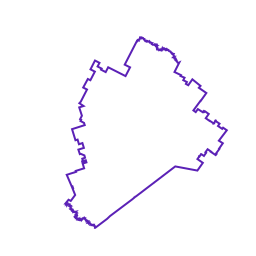 outline of Cobar, New South Wales, Australia, rotated 65°
{"feature_id": "25037944B19938962930750", "entity_name": "Cobar", "entity_type": "district", "adm_level": 2, "iso_a3": "AUS", "parent_name": "Australia", "parent_adm1": "New South Wales", "projection": "robinson", "projection_center": [145.926, -31.966], "detail": "fine", "context": "isolated", "style": "outline", "palette": "violet", "viewbox_px": 256, "rotation_deg": 65, "n_neighbors": 0, "source": "geoboundaries", "source_scale": "gbopen_adm2", "svg_char_len": 5584}
<svg xmlns="http://www.w3.org/2000/svg" viewBox="0 0 256 256"><g transform="rotate(65 128 128)"><path d="M185.2,54.2L181.9,48.5L177.9,51.0L171.8,39.4L167.9,41.7L168.6,43.0L164.2,45.6L162.8,43.2L159.5,45.2L158.2,45.3L158.1,45.5L158.6,46.3L159.0,46.5L159.9,48.1L160.2,48.1L160.1,48.8L159.6,48.7L155.9,50.9L156.0,51.1L152.0,53.4L149.4,48.9L145.2,51.3L145.7,52.2L145.4,52.5L144.8,52.6L145.4,53.5L140.4,56.7L142.2,59.9L139.7,61.3L134.0,50.8L134.2,50.7L129.4,42.2L121.5,46.8L120.5,44.5L111.1,49.1L114.7,55.3L112.5,56.9L111.2,55.2L108.0,57.7L106.3,55.5L103.1,58.4L102.5,57.6L96.9,62.2L90.3,53.8L90.3,54.5L89.7,55.4L88.3,55.6L87.8,55.4L86.8,55.4L86.7,55.9L86.9,56.2L86.5,56.4L86.2,56.4L85.6,55.5L85.1,55.4L84.6,55.6L84.4,55.8L84.8,56.0L84.5,56.5L83.9,56.1L83.6,56.3L83.7,55.9L83.2,56.8L82.9,55.7L82.6,56.2L82.2,55.9L81.8,56.1L81.3,55.8L80.5,55.9L80.1,55.3L79.8,55.7L80.2,56.3L79.7,56.7L79.4,56.7L79.5,56.3L79.3,56.2L78.6,56.7L78.5,56.4L78.7,56.2L78.0,56.7L77.8,56.8L77.4,57.2L76.5,57.2L75.9,58.1L75.2,58.5L74.4,58.3L74.1,58.6L73.8,59.8L73.0,59.6L73.0,59.9L73.5,60.2L73.5,60.4L73.1,60.4L72.8,59.9L72.3,60.0L72.3,60.5L72.7,60.9L72.2,61.0L72.0,61.5L71.5,61.5L71.6,61.8L72.2,61.9L72.0,62.2L71.4,62.3L71.6,62.5L71.3,62.8L71.4,63.1L70.6,62.8L70.6,63.2L70.3,63.2L70.6,63.5L71.0,63.5L71.0,63.8L71.5,63.9L72.0,64.7L71.1,65.3L70.8,65.3L71.1,65.9L70.7,66.3L70.3,66.3L69.9,66.6L69.8,66.9L70.3,66.9L70.4,67.1L69.5,67.3L69.4,68.0L69.1,68.5L68.6,68.4L68.5,67.9L67.6,67.8L67.4,67.4L66.6,67.6L66.7,67.9L66.3,67.9L66.1,67.4L65.7,67.2L65.7,66.9L65.4,67.2L65.0,66.7L64.7,66.9L64.4,66.7L64.1,67.2L64.5,68.0L64.0,67.9L63.7,68.1L64.4,68.6L63.4,69.4L63.1,70.3L62.4,70.5L62.1,71.0L61.5,71.2L61.1,71.1L61.0,70.5L60.5,71.1L60.0,71.2L59.7,71.8L58.8,71.9L59.1,72.3L58.3,72.4L58.0,73.6L57.6,73.6L57.6,74.0L57.2,73.8L56.7,74.2L56.6,74.8L56.9,75.3L56.8,75.5L56.3,75.6L56.0,75.8L55.2,75.6L54.9,75.9L54.3,75.5L54.1,75.7L53.9,76.3L52.9,76.3L52.6,76.9L52.1,77.1L52.4,77.4L52.3,77.6L51.4,78.3L52.0,78.6L51.4,79.1L52.2,79.6L52.2,80.1L52.7,80.4L52.5,81.0L52.5,81.4L53.2,81.5L52.7,82.2L52.9,82.5L52.5,82.5L52.7,83.0L53.2,83.3L53.4,83.8L69.2,104.2L73.9,100.5L79.9,108.3L64.6,120.3L67.9,124.6L63.7,127.8L63.0,126.8L59.4,129.6L56.9,126.3L52.9,129.4L59.0,137.2L62.9,134.2L68.8,141.9L66.6,143.7L72.4,151.5L75.8,148.9L84.2,159.7L85.0,161.6L89.3,159.0L88.7,163.5L97.4,164.6L99.8,167.7L100.8,167.0L101.6,168.1L104.8,165.7L107.1,166.0L105.4,179.2L116.9,180.8L117.2,178.6L122.0,179.3L122.4,175.7L127.4,176.4L126.6,182.1L131.3,182.7L131.4,181.8L134.4,179.1L136.8,179.5L136.5,182.4L138.8,182.7L138.4,183.2L139.1,183.8L139.7,183.1L140.1,181.5L139.7,181.5L139.5,182.1L139.0,182.0L139.4,179.9L141.6,180.2L141.1,184.1L146.0,184.8L144.8,193.5L145.8,193.6L144.5,203.3L157.3,203.7L157.4,203.0L159.3,203.2L159.2,203.8L166.4,204.2L169.9,210.7L167.9,212.2L170.0,216.6L170.2,216.2L170.4,216.3L170.3,216.1L170.7,215.9L170.5,215.6L170.8,216.0L171.1,215.9L171.2,215.7L171.6,215.8L171.6,215.4L172.0,215.6L171.7,215.0L171.9,214.8L171.6,214.5L172.0,214.5L172.1,214.1L172.4,213.8L172.3,213.6L172.4,213.3L172.6,213.4L172.7,213.2L173.0,213.3L172.8,213.6L173.4,213.8L173.6,213.5L173.8,213.8L174.0,213.5L174.1,213.9L174.6,213.3L174.6,213.6L175.6,213.7L176.0,213.9L176.0,213.5L176.8,213.5L177.0,213.7L177.1,213.3L177.3,213.3L177.3,213.7L177.8,213.6L177.6,213.9L177.8,213.9L177.7,214.2L178.3,213.9L178.3,213.6L179.0,213.8L179.0,213.5L178.4,213.0L178.6,212.7L179.0,213.0L178.9,213.3L179.7,213.3L179.7,213.1L180.1,213.3L180.6,213.2L181.0,213.3L181.0,212.9L181.3,212.6L181.0,212.3L181.4,212.2L181.5,212.0L181.5,211.4L181.9,211.3L182.0,210.6L182.1,210.8L182.3,210.7L182.2,210.9L182.5,210.8L182.4,210.6L182.7,210.6L182.8,210.8L183.4,211.0L183.9,210.7L184.2,211.0L184.8,211.0L184.7,211.7L184.9,211.6L185.2,211.0L185.9,211.1L186.3,212.6L185.5,212.9L185.7,213.6L185.9,213.5L185.9,213.3L186.3,213.3L186.1,213.4L186.4,213.8L186.7,213.6L186.4,213.4L186.8,213.3L186.9,213.0L187.0,213.2L187.3,213.0L187.7,213.3L187.9,212.8L188.2,212.9L188.4,212.6L188.4,212.8L188.8,212.8L189.0,212.5L188.9,212.1L189.4,212.0L189.3,211.8L189.6,211.8L189.6,211.2L189.9,211.3L190.0,211.7L190.2,211.3L190.5,211.5L190.7,211.2L190.3,211.1L190.2,210.9L190.4,211.0L190.7,210.7L190.7,210.4L190.4,210.5L190.3,210.4L190.3,210.0L190.6,209.9L190.3,209.6L190.5,209.5L190.7,209.4L191.1,209.3L190.9,209.2L191.1,208.8L191.0,208.6L191.4,208.9L191.4,208.6L191.7,208.6L191.6,208.3L191.3,208.3L191.0,208.0L191.2,207.8L191.4,208.1L191.4,207.8L190.8,207.2L191.1,206.9L190.9,206.2L191.3,206.3L191.7,205.9L191.6,205.5L191.5,205.4L192.0,205.3L192.0,205.0L192.4,205.2L192.4,205.4L192.8,205.4L193.4,205.0L193.7,205.2L194.1,205.0L194.3,205.1L194.5,204.8L194.3,204.9L194.2,204.7L194.3,204.5L194.6,204.6L194.8,204.3L195.0,204.5L195.1,204.0L195.4,203.9L195.6,204.2L195.8,203.6L196.0,203.9L196.2,204.3L196.3,204.4L196.6,204.3L196.4,204.1L196.8,203.4L197.0,203.9L197.1,203.5L197.4,203.6L197.3,203.3L197.5,203.1L197.6,203.3L197.5,203.5L198.2,203.7L198.3,203.2L199.0,202.6L199.6,202.2L200.0,202.2L200.1,202.5L200.6,201.6L200.8,201.6L200.9,201.3L200.6,201.4L200.9,200.6L201.1,200.7L201.1,200.0L201.2,200.3L201.3,200.0L201.5,200.2L202.0,200.1L202.3,199.6L202.7,199.5L203.1,199.9L203.8,199.5L204.1,199.6L204.0,199.8L204.5,200.1L204.6,199.9L201.5,185.3L200.2,181.5L194.5,154.5L193.8,151.8L193.6,151.7L193.6,151.0L193.3,150.4L193.4,149.9L182.8,101.4L195.9,83.1L191.2,74.9L185.5,78.2L184.3,76.1L183.9,75.8L183.7,75.6L184.1,75.3L182.6,73.0L183.1,72.6L183.0,72.4L185.4,71.0L183.5,67.7L182.7,68.1L180.9,64.8L184.5,62.7L184.6,63.0L189.6,60.0L189.0,58.8L188.4,59.2L185.6,54.0L185.2,54.2Z" fill="none" stroke="#5b21b6" stroke-width="2"/></g></svg>